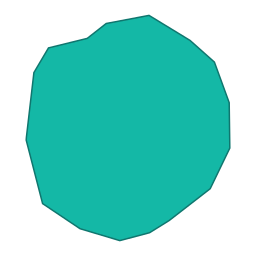 the district of Isiro, Orientale, Democratic Republic of the Congo
{"feature_id": "63176286B55213243416233", "entity_name": "Isiro", "entity_type": "district", "adm_level": 2, "iso_a3": "COD", "parent_name": "Democratic Republic of the Congo", "parent_adm1": "Orientale", "projection": "robinson", "projection_center": [27.634, 2.767], "detail": "fine", "context": "isolated", "style": "filled", "palette": "teal", "viewbox_px": 256, "rotation_deg": 0, "n_neighbors": 0, "source": "geoboundaries", "source_scale": "gbopen_adm2", "svg_char_len": 333}
<svg xmlns="http://www.w3.org/2000/svg" viewBox="0 0 256 256"><path d="M26.2,140.1L42.6,203.6L80.0,228.7L119.8,240.6L149.6,232.7L169.2,220.5L210.2,188.7L229.8,148.1L229.2,102.7L214.4,62.1L190.0,40.4L149.0,15.4L106.2,23.5L87.2,38.4L48.5,47.9L33.9,72.6L26.4,137.3L26.2,140.1Z" fill="#14b8a6" stroke="#0f766e" stroke-width="1.5"/></svg>